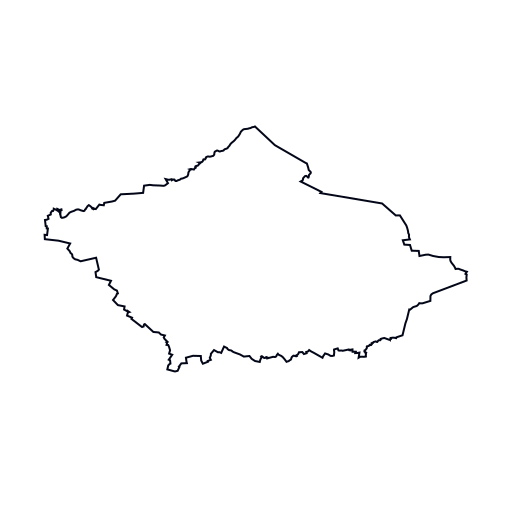 Chimá, Córdoba, Colombia (Natural Earth projection), rotated 75°
{"feature_id": "7082276B67782051899776", "entity_name": "Chimá", "entity_type": "district", "adm_level": 2, "iso_a3": "COL", "parent_name": "Colombia", "parent_adm1": "Córdoba", "projection": "natural_earth1", "projection_center": [-75.666, 9.111], "detail": "fine", "context": "isolated", "style": "outline", "palette": "ink", "viewbox_px": 512, "rotation_deg": 75, "n_neighbors": 0, "source": "geoboundaries", "source_scale": "gbopen_adm2", "svg_char_len": 6111}
<svg xmlns="http://www.w3.org/2000/svg" viewBox="0 0 512 512"><g transform="rotate(75 256 256)"><path d="M328.5,57.3L327.5,58.3L325.8,56.4L324.9,58.0L323.6,59.6L321.8,62.3L320.8,63.6L320.4,65.1L320.2,66.6L318.3,66.9L316.8,67.3L313.1,68.9L311.2,69.4L309.6,69.3L307.3,68.6L305.8,75.0L304.3,79.7L301.8,85.0L299.3,89.0L298.7,91.5L298.3,98.1L293.2,97.5L291.2,104.2L285.2,104.4L283.4,109.8L278.8,110.1L279.8,103.1L278.6,103.3L276.9,103.3L275.3,102.7L274.7,102.7L273.2,103.0L271.3,102.7L267.9,102.7L265.5,102.9L254.0,106.5L253.0,110.5L237.9,120.6L211.9,177.5L211.0,176.2L195.6,193.6L195.0,191.4L194.2,190.8L193.1,190.4L191.7,188.3L191.5,187.7L191.6,186.8L191.8,186.5L193.7,185.4L193.8,185.3L193.8,185.0L193.0,184.5L191.4,183.8L190.4,182.1L189.8,181.5L188.8,181.5L186.6,182.8L184.3,182.7L179.8,182.9L178.9,184.0L153.8,209.1L130.6,223.5L130.8,224.4L130.6,226.5L131.0,228.2L130.9,229.6L131.0,230.8L130.4,234.8L130.7,236.1L132.0,238.4L134.0,240.1L136.0,242.3L137.1,244.6L138.3,246.1L139.2,247.6L140.4,250.3L141.4,251.9L142.7,253.2L143.5,254.6L144.3,255.4L144.7,256.5L144.7,258.2L145.1,259.3L145.6,259.9L145.8,260.9L145.6,262.2L145.7,263.9L145.3,264.6L144.2,265.9L144.0,266.5L144.6,268.8L145.6,269.5L147.3,270.1L148.2,271.4L148.2,274.2L148.1,275.0L147.4,276.6L147.5,278.4L148.4,279.3L148.8,279.3L149.2,280.1L149.5,280.3L149.4,281.0L149.1,281.4L149.1,281.8L150.6,282.9L151.1,283.6L151.2,285.3L151.0,286.7L151.4,286.2L152.0,286.0L152.3,287.0L153.0,287.8L153.7,289.0L153.5,290.5L153.8,291.4L154.2,291.6L154.7,291.2L155.1,291.3L155.3,291.6L155.5,292.6L156.4,293.6L155.1,296.3L155.1,297.3L155.6,296.7L155.6,297.3L157.7,299.6L159.7,300.4L161.0,301.4L161.4,302.1L162.0,305.8L162.1,307.2L161.9,308.3L162.4,309.3L162.6,310.1L162.7,312.2L163.0,313.3L162.7,314.3L161.9,314.9L161.2,314.9L160.8,315.4L160.8,316.8L161.0,317.7L160.2,317.7L160.2,317.4L160.0,317.5L159.9,319.9L159.5,321.4L159.0,322.1L158.3,323.4L162.9,322.2L164.3,325.7L164.3,327.1L163.1,330.5L161.1,337.0L159.8,340.2L159.1,345.9L165.8,348.7L164.2,357.6L161.4,370.7L166.1,377.8L166.1,381.0L165.4,388.8L167.6,389.9L166.8,391.9L166.6,392.6L165.8,394.0L169.2,398.6L168.9,399.2L168.6,400.8L168.7,401.0L168.3,401.3L167.7,400.7L167.4,401.1L167.5,402.0L166.4,402.2L164.9,403.2L163.6,404.3L164.2,405.7L166.1,407.9L166.7,408.4L166.8,409.0L167.9,410.0L168.0,410.8L167.8,411.3L166.4,413.6L165.5,414.7L164.9,415.8L164.7,417.7L165.3,420.1L165.5,423.1L165.9,425.0L167.4,427.1L168.6,429.0L168.9,430.3L169.1,431.6L168.9,433.6L168.0,434.4L167.6,434.4L165.2,434.2L165.1,434.4L164.3,434.3L163.8,434.2L163.9,433.8L163.4,433.6L161.6,433.4L161.5,432.0L160.6,431.9L160.6,434.3L159.4,435.3L159.0,435.8L159.6,436.1L161.4,434.3L161.6,434.0L162.4,434.2L162.4,434.5L162.5,434.7L161.4,435.4L159.3,437.5L158.0,439.1L158.9,439.4L160.0,440.4L159.7,441.3L161.1,443.1L162.8,443.5L163.3,446.7L166.4,446.8L166.8,448.7L166.6,450.5L172.7,451.4L173.1,450.4L175.2,451.0L175.6,449.9L181.7,452.4L180.8,454.7L185.1,455.6L190.1,442.8L195.8,432.3L200.0,436.3L203.1,434.7L205.0,434.4L206.4,433.4L207.3,433.2L209.1,433.5L210.0,433.2L211.0,432.7L212.4,431.5L213.5,429.4L215.7,426.8L216.3,410.9L228.5,411.3L229.4,412.7L230.0,415.2L235.1,415.8L242.4,402.5L245.9,405.6L251.5,401.6L253.4,399.3L256.4,399.1L256.6,400.2L258.3,401.4L259.0,402.2L261.5,405.5L267.7,402.1L270.7,396.0L273.6,397.3L275.8,394.9L275.5,394.5L277.3,392.9L277.3,394.3L280.2,396.0L283.5,391.7L284.5,392.6L295.1,384.5L295.0,382.8L294.2,382.5L293.4,382.0L293.0,381.5L293.0,381.0L302.8,374.8L304.7,369.7L307.3,368.1L309.2,364.6L310.8,366.2L312.4,365.8L316.0,363.7L316.2,364.7L316.7,364.3L318.7,365.4L319.3,363.8L321.4,363.5L324.8,363.4L327.8,365.2L329.7,362.5L333.6,367.1L334.5,366.0L337.8,366.5L338.0,367.5L339.0,369.1L342.6,371.0L343.7,369.1L346.3,364.7L346.6,363.8L346.6,361.4L343.4,358.7L342.9,359.1L340.4,355.9L341.6,350.5L340.0,350.5L336.1,350.0L336.1,342.7L338.3,335.2L342.8,336.0L346.3,335.2L345.7,329.8L344.9,329.8L344.6,326.5L342.4,327.0L340.8,325.7L339.9,325.2L338.8,324.9L336.0,320.9L339.2,317.6L339.3,316.7L339.6,316.0L340.6,314.7L335.2,310.3L337.4,307.8L338.6,307.5L339.9,306.4L340.7,304.6L341.6,303.7L342.0,303.6L343.2,302.3L347.0,296.9L350.0,293.8L350.9,288.2L354.2,286.8L357.2,284.1L359.3,279.8L357.5,278.8L356.5,278.0L355.4,276.7L354.6,277.2L354.3,276.8L354.5,276.5L354.4,276.2L354.6,276.0L356.5,274.6L356.8,273.8L356.7,273.3L356.9,272.4L356.4,272.4L356.4,271.9L357.2,271.9L357.4,271.1L357.8,271.3L357.8,265.5L358.3,264.4L358.5,263.2L358.1,262.4L357.0,261.5L356.1,260.2L357.1,259.8L359.1,257.4L360.6,256.3L363.1,255.1L366.1,253.9L366.0,253.0L366.0,251.6L365.5,250.7L365.2,249.4L365.0,249.0L363.1,247.8L362.8,247.4L362.0,245.8L362.0,245.4L363.1,243.5L363.3,243.1L363.2,242.5L362.4,242.7L362.1,241.5L361.5,240.5L360.1,239.4L360.8,236.1L363.1,235.1L363.0,232.3L361.7,232.3L361.7,230.9L361.5,230.2L360.6,229.0L362.3,227.6L364.5,225.2L371.5,218.1L370.2,217.1L368.0,214.5L369.8,211.7L371.8,209.8L372.3,208.2L372.3,206.5L369.2,205.3L366.9,205.0L366.5,204.8L366.4,201.0L368.5,200.8L368.9,200.2L369.5,197.6L370.0,196.8L370.3,190.6L371.1,190.4L371.5,189.4L371.6,189.2L371.0,189.0L371.2,187.0L373.5,187.5L374.0,185.3L374.3,184.4L375.5,185.2L375.9,183.5L376.1,181.1L380.8,183.2L380.3,181.3L380.4,180.8L381.3,177.8L381.6,175.9L381.2,175.7L380.3,175.7L379.1,175.1L378.3,175.3L377.9,174.6L377.7,174.7L376.7,175.9L376.4,176.0L375.9,175.5L375.5,175.7L375.3,175.6L375.3,174.9L373.9,173.0L373.1,172.6L372.3,172.5L372.0,172.3L372.1,170.4L371.2,169.1L371.3,168.8L371.8,168.3L371.8,167.9L371.1,166.9L370.2,167.0L369.9,166.1L370.1,165.8L370.2,165.4L369.5,164.5L369.5,162.4L370.3,161.5L370.4,161.1L369.5,160.0L369.2,159.4L369.2,158.8L369.5,158.1L369.5,157.7L368.8,157.0L368.4,157.0L368.3,155.4L368.4,153.3L371.4,149.0L371.5,148.3L371.7,148.2L370.7,147.7L370.2,147.4L370.7,146.8L370.1,146.5L370.3,144.9L370.9,143.2L371.3,142.6L371.6,141.9L371.1,141.7L370.9,141.5L370.5,135.0L359.7,129.1L355.9,126.5L347.3,121.8L347.7,121.0L346.2,117.8L346.0,116.9L345.9,114.0L345.7,113.2L344.8,111.6L343.8,110.5L344.4,109.1L344.8,107.4L344.5,99.2L340.0,97.9L339.5,97.6L338.5,96.6L337.8,94.8L334.2,58.9L331.1,58.3L328.5,57.3Z" fill="none" stroke="#020617" stroke-width="2"/></g></svg>